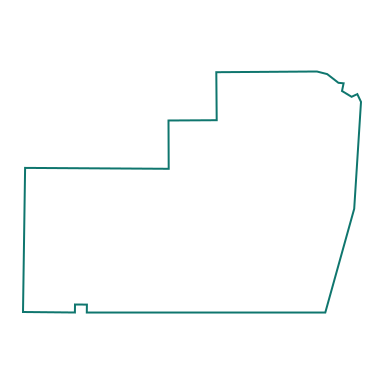 outline of Glades, Florida, United States of America
{"feature_id": "52423323B13826815912541", "entity_name": "Glades", "entity_type": "district", "adm_level": 2, "iso_a3": "USA", "parent_name": "United States of America", "parent_adm1": "Florida", "projection": "albers", "projection_center": [-81.165, 26.99], "detail": "fine", "context": "isolated", "style": "outline", "palette": "teal", "viewbox_px": 384, "rotation_deg": 0, "n_neighbors": 0, "source": "geoboundaries", "source_scale": "gbopen_adm2", "svg_char_len": 364}
<svg xmlns="http://www.w3.org/2000/svg" viewBox="0 0 384 384"><path d="M23.0,312.0L74.9,312.5L75.0,304.5L86.9,304.6L86.8,312.5L325.3,312.5L354.2,208.8L361.0,101.9L357.3,94.1L351.6,96.8L342.0,91.0L343.6,83.3L338.4,82.8L327.2,74.1L316.9,71.5L216.3,72.2L216.7,120.2L168.5,120.5L168.7,168.8L25.1,167.9L23.0,312.0Z" fill="none" stroke="#0f766e" stroke-width="2"/></svg>